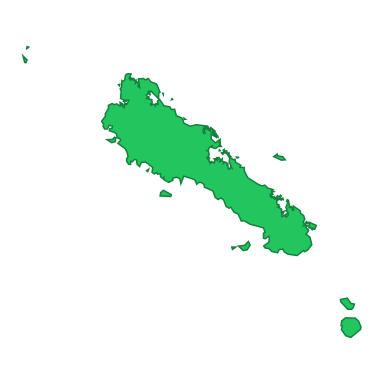 the district of Simeulue, Aceh, Indonesia
{"feature_id": "22746128B32199422560180", "entity_name": "Simeulue", "entity_type": "district", "adm_level": 2, "iso_a3": "IDN", "parent_name": "Indonesia", "parent_adm1": "Aceh", "projection": "natural_earth1", "projection_center": [96.15, 2.538], "detail": "fine", "context": "isolated", "style": "filled", "palette": "green", "viewbox_px": 384, "rotation_deg": 0, "n_neighbors": 0, "source": "geoboundaries", "source_scale": "gbopen_adm2", "svg_char_len": 6076}
<svg xmlns="http://www.w3.org/2000/svg" viewBox="0 0 384 384"><path d="M131.0,73.9L127.1,73.8L125.5,75.2L124.7,80.0L123.0,81.4L121.9,80.6L121.6,87.0L120.2,88.8L121.2,91.3L120.5,98.4L126.4,101.1L126.5,100.1L128.8,100.3L127.3,103.8L126.1,103.6L126.5,105.1L124.9,103.4L124.2,107.6L122.5,106.2L122.9,105.1L119.6,105.8L116.7,103.9L113.9,104.6L112.2,103.5L108.4,105.4L108.5,108.3L105.3,113.7L105.4,116.2L101.6,121.3L103.6,124.1L103.1,126.3L104.6,129.0L107.2,129.0L109.1,125.3L112.4,126.1L112.1,128.3L109.5,128.9L109.3,130.7L114.8,132.6L116.7,134.2L117.2,137.8L120.0,138.8L120.6,140.5L117.8,143.3L125.0,148.6L127.0,152.1L128.1,156.7L126.6,158.7L126.6,161.3L128.6,164.2L130.6,164.5L130.6,161.4L132.1,161.9L134.6,159.4L136.6,160.0L137.1,164.4L139.6,166.5L141.3,162.3L145.7,162.1L152.8,167.5L152.0,172.4L154.4,173.9L156.8,172.5L157.6,174.2L160.4,173.7L160.5,176.6L162.7,178.5L163.8,177.3L163.8,179.6L168.7,182.4L172.8,180.4L172.7,178.3L176.6,177.1L179.8,178.8L180.9,183.7L183.8,176.1L194.7,179.6L196.8,184.3L198.5,182.5L201.4,182.5L204.2,184.7L204.4,187.2L213.0,190.9L215.3,197.5L218.1,199.5L220.9,198.0L223.7,200.0L226.1,206.5L229.1,208.2L230.8,207.1L234.0,212.2L238.1,214.0L241.3,221.1L244.2,220.8L250.0,224.2L263.4,227.8L265.1,232.2L263.5,233.2L263.5,238.1L265.1,238.8L268.6,236.4L269.3,237.4L268.9,242.2L263.7,245.9L264.9,247.9L268.9,248.6L271.7,251.4L277.6,252.8L279.3,249.6L282.8,249.1L284.2,251.8L287.9,254.2L297.1,255.5L303.4,250.5L304.3,251.8L307.2,250.5L311.8,244.8L310.0,237.3L306.1,234.2L308.7,230.6L305.7,226.9L306.7,226.3L305.8,224.6L303.5,225.6L304.8,223.7L303.2,222.6L304.7,218.9L303.6,215.5L300.6,213.4L300.1,210.7L293.3,206.0L292.6,207.4L293.9,209.7L292.7,210.4L291.6,207.3L289.7,207.4L290.5,206.6L289.5,206.7L288.5,200.4L287.2,199.7L286.6,201.5L288.0,202.0L285.9,207.4L287.0,209.7L286.0,210.9L288.1,212.5L288.0,215.4L286.3,217.1L285.2,216.4L286.6,214.0L281.9,216.7L281.8,213.5L282.8,214.0L284.1,211.2L281.5,212.2L281.6,209.2L278.0,207.1L279.3,206.6L278.4,205.8L279.1,204.9L276.9,204.2L276.7,200.5L278.5,199.8L276.2,197.3L275.1,197.6L276.1,199.0L274.6,199.1L273.2,197.5L273.6,196.9L271.7,197.7L270.3,196.3L271.8,195.9L270.3,194.4L271.5,194.4L271.7,190.7L273.0,189.6L267.9,188.1L264.7,185.1L262.1,185.9L258.5,184.5L247.7,177.7L244.4,171.1L244.3,167.5L239.9,167.3L240.8,165.3L235.5,162.2L235.0,159.2L233.8,159.9L230.0,157.4L230.9,156.6L229.0,154.9L229.0,152.8L227.2,153.6L226.7,150.9L225.8,150.9L226.8,151.9L226.5,152.8L224.5,151.6L224.3,149.4L223.2,150.2L224.2,152.7L226.4,153.1L229.7,158.0L229.2,161.7L231.8,168.2L230.4,167.2L229.4,169.2L228.2,168.5L227.8,163.9L226.9,164.8L226.9,163.0L225.1,162.0L223.7,163.1L224.2,161.9L222.0,161.0L222.2,159.0L219.3,162.5L220.4,159.2L218.9,158.4L219.2,156.9L217.7,159.5L217.7,157.2L217.2,158.2L216.6,157.0L216.5,160.4L215.9,158.7L214.0,158.9L215.1,160.1L214.1,163.1L212.3,161.9L210.8,163.0L211.7,161.0L210.0,162.7L209.4,162.3L208.9,158.3L207.8,159.2L207.2,157.6L209.3,157.8L208.1,155.9L209.2,155.0L208.5,151.2L206.0,150.2L208.1,150.9L209.2,147.6L212.9,145.1L211.1,147.2L215.6,148.5L218.3,146.5L221.3,146.5L220.4,145.0L219.0,145.8L220.3,143.6L219.0,142.8L220.3,142.1L220.1,139.3L215.4,142.9L211.2,138.8L211.1,134.1L216.2,137.2L215.7,135.1L214.6,135.3L214.3,134.7L216.2,134.8L216.2,133.8L213.7,134.6L214.0,133.1L212.9,133.7L212.6,131.8L212.1,132.3L205.6,128.1L204.5,129.6L205.0,133.4L203.8,133.4L202.9,131.0L204.2,126.7L208.7,127.9L207.6,126.1L196.3,124.7L190.4,126.2L184.0,123.3L182.2,118.2L176.3,115.6L174.6,109.2L171.4,109.5L169.8,106.8L164.0,105.8L159.6,99.4L157.4,101.1L157.9,104.4L155.9,103.6L155.5,105.9L154.1,104.2L150.7,105.2L150.5,103.8L152.1,103.3L151.9,99.7L148.9,99.0L148.9,96.7L147.6,97.9L148.3,98.8L146.5,98.4L147.7,96.9L146.3,95.3L148.1,93.5L150.8,95.0L148.1,91.9L149.2,91.2L149.9,92.5L150.9,91.0L158.5,98.7L158.9,92.7L160.0,92.1L156.6,84.0L151.0,81.9L148.1,78.4L145.5,79.9L143.5,78.5L138.3,78.9L139.6,87.6L138.0,86.4L139.0,85.0L136.7,81.6L135.4,83.0L136.0,80.0L134.2,80.5L134.0,78.6L131.4,78.2L132.0,79.4L130.9,78.8L130.2,80.7L130.5,78.9L129.4,79.0L129.1,78.1L131.2,77.9L129.9,77.5L131.0,73.9ZM355.2,318.1L345.5,317.9L341.7,320.8L341.0,325.6L342.4,326.1L341.4,329.5L345.7,335.7L350.9,337.4L360.4,329.5L361.0,327.1L358.6,321.1L355.2,318.1ZM350.8,303.3L347.3,298.2L340.4,299.5L340.7,301.7L347.7,309.3L351.7,309.3L353.3,307.4L354.4,304.1L350.8,303.3ZM171.3,194.6L163.4,190.3L160.6,192.7L160.1,196.0L170.8,196.5L171.3,194.6ZM247.1,249.9L250.1,245.1L248.4,241.5L244.7,245.3L238.5,246.1L243.2,250.5L247.1,249.9ZM316.4,225.5L309.4,222.3L309.5,224.8L306.8,226.2L308.6,225.7L309.5,227.3L308.5,228.1L310.2,227.6L311.8,229.4L311.8,228.3L312.6,228.0L312.3,229.3L314.8,229.2L316.4,225.5ZM282.7,156.7L277.5,155.7L277.1,154.1L273.7,156.6L281.5,160.2L285.3,159.8L282.7,156.7ZM115.3,141.7L115.8,137.8L114.5,137.2L112.5,139.4L107.1,139.7L111.7,142.7L115.3,141.7ZM281.3,196.1L280.4,195.3L279.4,196.9L277.5,195.7L276.4,197.3L281.2,200.1L282.3,198.6L283.6,200.4L282.8,198.1L280.7,199.0L280.2,197.1L281.3,196.1ZM25.9,62.7L27.1,60.0L23.0,55.9L24.7,62.5L25.9,62.7ZM235.6,247.1L231.8,247.1L232.5,249.4L235.6,247.1ZM215.1,131.2L210.8,127.5L209.8,130.0L209.3,129.5L208.9,129.8L209.6,130.3L211.4,129.5L215.1,132.8L215.1,131.2ZM26.7,48.6L28.7,47.5L28.8,47.1L27.1,46.6L26.7,48.6ZM122.3,103.8L120.1,102.4L120.2,104.3L122.3,103.8ZM308.3,222.9L306.3,221.6L305.8,222.7L307.4,223.7L308.3,222.9ZM237.2,158.0L239.1,157.3L236.5,157.1L237.2,158.0ZM224.0,152.7L221.7,152.6L221.4,152.8L222.9,154.4L224.0,152.7ZM146.6,170.8L147.8,171.6L148.6,169.2L146.6,170.8ZM119.5,85.8L119.8,84.3L118.5,84.6L119.5,85.8ZM185.5,119.2L184.1,118.3L184.4,119.4L185.5,119.2ZM124.7,101.6L122.8,100.9L124.7,102.1L124.7,101.6ZM217.0,135.2L216.7,136.3L218.0,137.2L217.8,136.1L217.0,135.2ZM219.2,150.8L220.2,150.7L219.4,149.8L219.2,150.8ZM171.5,99.7L172.6,99.4L172.0,98.7L171.5,99.7ZM209.1,129.5L208.3,128.7L207.6,128.5L209.1,129.5ZM273.3,194.7L272.1,193.2L271.7,193.9L273.3,194.7ZM163.3,94.6L163.4,93.4L162.7,93.3L163.3,94.6ZM273.6,191.3L272.4,192.0L274.0,191.6L273.6,191.3ZM273.8,197.3L274.0,196.5L273.3,197.4L273.8,197.3Z" fill="#22c55e" stroke="#15803d" stroke-width="1.5"/></svg>